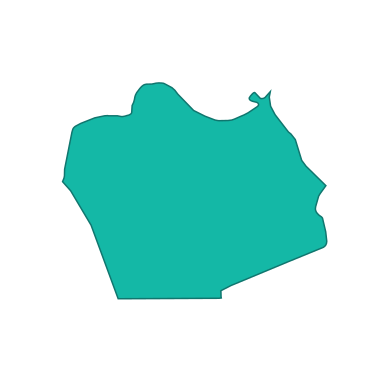 an SVG outline of Ar Raqqah, rotated 55°
{"feature_id": "SYR-136", "entity_name": "Ar Raqqah", "entity_type": "Province", "adm_level": 1, "iso_a3": "SYR", "parent_name": "Syria", "parent_adm1": "", "projection": "robinson", "projection_center": [38.68, 35.997], "detail": "fine", "context": "isolated", "style": "filled", "palette": "teal", "viewbox_px": 384, "rotation_deg": 55, "n_neighbors": 0, "source": "natural_earth", "source_scale": "10m", "svg_char_len": 1734}
<svg xmlns="http://www.w3.org/2000/svg" viewBox="0 0 384 384"><g transform="rotate(55 192 192)"><path d="M229.0,84.0L236.3,83.8L263.6,78.7L266.8,87.9L268.0,90.6L274.9,99.1L276.7,100.7L277.8,101.2L279.2,101.6L280.6,101.7L283.1,101.4L284.3,101.1L286.4,100.3L286.9,100.2L287.5,100.1L288.2,100.1L288.8,100.3L301.3,105.3L309.7,109.9L311.2,111.3L312.1,112.7L312.3,113.2L312.5,113.8L312.7,115.9L304.0,154.4L291.0,213.6L289.6,223.6L289.6,225.3L290.6,225.7L294.5,228.3L295.6,228.8L294.5,230.9L237.1,313.7L161.3,293.7L121.4,290.7L109.3,292.1L107.2,288.9L105.7,287.3L100.3,283.3L74.2,256.1L72.2,253.6L71.9,253.0L71.6,252.3L71.4,251.2L71.3,250.4L71.3,249.6L72.0,243.8L75.5,229.1L79.4,220.0L80.6,218.0L81.2,217.1L81.6,216.8L86.8,209.4L89.5,206.8L90.2,205.9L90.5,205.4L91.5,203.2L92.1,201.2L92.3,200.8L92.6,200.1L92.8,199.3L93.0,197.6L92.8,196.6L92.3,195.8L86.9,191.5L86.8,191.4L85.1,188.4L83.3,186.2L81.4,184.3L80.1,182.6L78.9,180.3L77.3,175.4L76.7,172.8L76.6,170.8L76.7,169.6L77.1,168.5L77.6,167.4L80.6,162.9L82.2,159.1L83.5,156.8L85.0,154.8L86.4,153.2L87.2,152.6L89.5,151.4L95.0,148.6L98.8,147.7L103.8,147.5L126.2,143.9L137.3,137.9L146.2,131.9L147.8,130.4L149.0,129.1L154.1,121.5L155.8,118.3L156.6,115.5L157.7,110.0L157.7,109.9L158.7,105.2L159.3,100.6L159.5,89.6L159.4,89.0L159.3,88.4L159.1,87.9L158.7,87.5L158.3,87.2L157.7,87.0L157.2,87.0L156.6,87.1L155.6,87.6L152.4,90.4L151.0,91.3L149.9,91.7L149.3,91.8L148.8,91.7L148.3,91.5L147.8,91.2L147.4,90.3L146.9,89.0L146.2,86.1L146.1,84.7L146.3,83.8L146.8,83.5L147.3,83.4L154.1,82.4L154.8,82.1L155.4,81.4L156.2,80.0L156.4,79.0L156.5,78.2L156.4,77.6L154.7,70.3L158.6,74.3L166.8,78.4L176.3,79.6L198.2,78.6L201.2,77.7L208.3,77.3L229.0,84.0Z" fill="#14b8a6" stroke="#0f766e" stroke-width="1.5"/></g></svg>